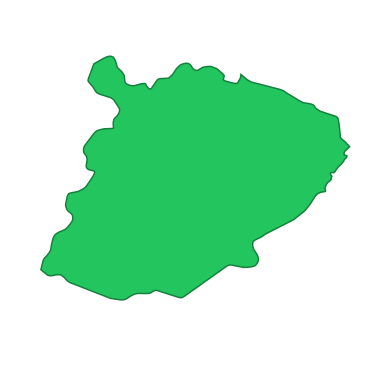 the Region of Eastern, rotated 199°
{"feature_id": "GHA-2161", "entity_name": "Eastern", "entity_type": "Region", "adm_level": 1, "iso_a3": "GHA", "parent_name": "Ghana", "parent_adm1": "", "projection": "orthographic", "projection_center": [-0.365, 6.459], "detail": "fine", "context": "isolated", "style": "filled", "palette": "green", "viewbox_px": 384, "rotation_deg": 199, "n_neighbors": 0, "source": "natural_earth", "source_scale": "10m", "svg_char_len": 4059}
<svg xmlns="http://www.w3.org/2000/svg" viewBox="0 0 384 384"><g transform="rotate(199 192 192)"><path d="M58.1,276.7L57.5,276.7L57.1,276.2L57.1,275.4L57.3,274.6L58.4,272.4L58.6,271.4L58.7,270.1L60.1,266.5L61.5,264.0L62.0,262.9L63.2,259.1L63.4,258.1L63.7,257.1L64.3,256.4L66.4,255.8L67.0,255.2L67.1,254.2L66.7,253.5L65.9,253.0L65.2,252.7L64.8,252.2L64.9,250.5L64.6,249.8L64.5,249.0L64.9,248.1L66.9,244.8L67.3,243.4L67.6,241.3L67.6,240.2L67.5,239.2L67.2,238.4L66.8,237.7L66.3,237.0L66.0,236.5L66.3,235.8L70.2,233.6L71.5,232.5L72.2,231.7L73.0,230.7L73.9,228.8L74.4,227.4L74.8,225.1L76.8,217.5L79.4,210.6L86.8,199.0L109.2,175.8L110.0,174.7L110.4,173.9L111.4,172.5L116.2,167.7L117.3,166.3L118.0,165.2L118.0,164.6L118.0,163.7L117.5,161.9L116.7,160.3L115.8,158.9L115.3,158.2L114.7,157.7L110.7,154.5L109.4,153.3L108.4,152.0L107.5,150.5L107.2,149.7L107.0,148.7L107.0,147.7L107.0,146.7L107.5,144.8L108.2,143.1L109.3,142.0L111.1,140.8L115.2,138.8L119.0,137.4L131.4,135.7L132.3,135.4L133.4,134.7L134.8,133.5L165.8,90.2L167.7,88.5L170.3,88.0L193.3,87.5L194.9,87.0L196.8,85.0L197.4,84.1L198.5,82.9L199.8,82.1L201.7,81.3L210.3,78.4L212.4,77.2L214.5,75.4L215.6,74.3L219.0,70.0L220.2,68.8L221.5,67.8L224.6,66.7L234.4,64.9L277.9,66.6L279.8,67.1L281.6,67.7L285.3,69.7L287.3,70.5L288.8,70.8L290.0,70.7L290.9,70.5L293.5,69.5L296.5,67.6L299.2,66.5L300.4,66.4L301.6,66.4L309.6,69.3L310.4,78.6L310.0,81.6L309.5,82.4L308.2,85.3L307.1,88.8L306.8,90.7L306.8,92.2L307.1,93.1L307.8,97.1L308.2,102.0L308.1,104.7L307.8,106.5L307.3,107.4L305.9,109.5L303.5,111.9L302.8,112.4L299.8,115.3L298.9,116.7L298.0,118.7L296.4,123.2L295.9,125.4L295.8,127.2L296.4,129.0L297.2,130.6L297.7,131.2L298.4,131.8L299.1,132.2L301.7,133.1L303.4,133.9L304.7,134.9L305.8,136.2L306.8,137.6L307.5,139.3L308.5,146.7L308.4,148.7L308.1,150.1L307.5,150.7L306.9,151.3L300.2,155.2L299.5,155.8L297.2,158.2L296.6,158.8L296.1,159.4L295.6,160.1L295.0,160.7L294.5,161.4L293.7,163.4L291.0,173.6L290.4,176.8L290.4,179.0L290.9,179.6L291.7,179.9L296.8,179.5L297.7,179.7L298.6,180.0L299.3,180.4L299.9,181.0L300.4,181.8L300.8,183.6L301.5,187.6L301.8,188.6L302.1,189.4L303.0,190.8L304.2,192.0L306.4,193.4L307.2,194.2L307.9,195.4L308.6,197.8L308.7,199.4L308.6,200.8L303.6,216.0L303.2,216.8L302.3,218.2L301.8,218.9L301.2,219.4L298.4,221.5L295.5,223.2L287.8,226.2L287.0,227.2L288.0,229.0L289.2,232.3L289.5,235.4L288.7,237.5L287.4,239.8L286.8,242.9L287.0,245.8L288.1,247.6L296.2,253.8L299.3,254.7L311.1,254.4L314.1,254.8L316.3,256.1L320.0,259.2L326.0,262.7L326.7,263.9L326.9,265.3L326.5,281.2L319.0,289.7L316.4,292.2L314.1,293.6L313.2,293.9L311.8,294.0L310.7,293.9L309.8,293.5L309.1,293.0L307.3,291.3L306.2,290.0L303.9,286.5L303.4,285.8L302.6,285.1L297.9,283.1L297.2,282.6L295.8,281.6L294.5,280.5L293.6,279.1L291.2,274.3L290.6,273.6L289.5,272.9L287.3,272.7L284.9,272.7L282.9,273.1L281.6,273.4L275.4,277.7L273.4,278.7L272.0,279.1L271.4,279.2L270.8,278.9L269.7,277.5L268.8,276.9L267.7,276.3L265.8,275.6L264.8,275.8L264.2,276.4L261.4,286.6L260.7,287.6L259.4,288.7L252.1,291.6L251.2,292.2L250.6,293.0L248.6,297.0L246.8,303.7L245.1,307.1L244.7,307.8L244.2,308.5L243.3,309.4L242.1,310.3L239.6,311.8L238.1,312.2L236.7,312.3L234.9,311.7L233.5,310.8L232.8,310.3L232.2,309.6L231.3,309.0L230.2,308.5L228.2,308.2L227.1,308.5L226.1,309.0L222.9,312.9L221.9,313.7L220.4,314.6L217.5,316.0L215.8,316.6L214.4,316.9L210.1,316.7L208.3,316.5L205.2,315.3L204.4,314.9L201.7,313.9L200.1,313.0L199.5,312.4L199.2,311.6L199.2,308.7L198.1,308.0L196.2,307.8L188.8,308.3L187.0,308.6L185.5,309.1L185.1,309.4L184.7,309.7L184.4,310.2L184.2,310.8L183.5,314.6L183.4,316.1L183.5,317.0L183.7,317.8L184.0,319.1L176.3,316.1L171.7,315.3L142.6,317.6L138.9,317.6L136.9,317.1L136.0,316.7L119.3,313.1L115.9,312.7L113.9,313.0L111.8,313.4L107.6,314.0L106.0,313.8L104.9,313.5L103.2,312.2L101.9,311.5L99.3,310.6L97.7,310.3L96.5,310.1L81.6,310.3L80.0,310.2L78.9,309.9L78.5,309.6L77.6,308.6L75.1,304.3L69.7,292.6L69.3,291.8L68.4,291.1L63.4,289.2L57.7,286.1L60.9,280.0L60.8,277.7L60.3,277.0L59.7,276.6L58.8,276.6L58.1,276.7Z" fill="#22c55e" stroke="#15803d" stroke-width="1.5"/></g></svg>